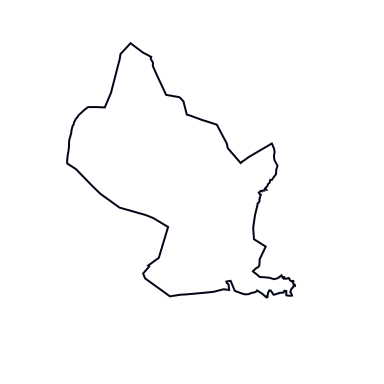 outline of Rabah, Sokoto, Nigeria, rotated 208°
{"feature_id": "59680162B28016750993437", "entity_name": "Rabah", "entity_type": "district", "adm_level": 2, "iso_a3": "NGA", "parent_name": "Nigeria", "parent_adm1": "Sokoto", "projection": "orthographic", "projection_center": [5.659, 13.003], "detail": "fine", "context": "isolated", "style": "outline", "palette": "ink", "viewbox_px": 384, "rotation_deg": 208, "n_neighbors": 0, "source": "geoboundaries", "source_scale": "gbopen_adm2", "svg_char_len": 2800}
<svg xmlns="http://www.w3.org/2000/svg" viewBox="0 0 384 384"><g transform="rotate(208 192 192)"><path d="M319.9,280.2L318.3,275.7L310.1,241.6L308.7,225.7L314.7,222.9L320.1,220.1L323.7,218.1L325.6,213.9L328.2,206.5L328.3,204.7L328.3,204.3L328.5,203.6L328.9,201.9L328.8,201.1L328.8,200.7L328.9,198.9L328.8,198.6L328.8,197.7L328.6,197.2L328.3,196.7L328.2,195.9L328.3,195.4L328.4,194.8L328.3,193.8L328.0,192.9L327.9,191.7L327.5,190.7L327.3,189.6L326.8,188.6L326.4,187.6L326.1,186.5L325.9,185.7L325.9,185.2L325.4,183.5L325.2,182.3L325.1,181.4L324.8,180.4L324.1,178.6L321.9,174.3L320.0,169.3L318.7,165.3L316.9,160.9L315.5,158.6L305.2,157.7L282.8,150.5L272.1,147.4L267.7,146.8L248.7,144.2L230.1,148.2L221.7,150.0L214.0,150.8L196.7,149.9L190.4,118.3L196.2,106.4L194.8,106.2L196.9,97.1L192.9,93.7L162.5,89.5L154.1,95.8L149.6,98.5L133.4,109.1L126.1,114.0L118.4,121.0L113.2,122.9L116.2,127.4L117.7,127.9L118.6,128.0L119.1,128.6L119.6,129.1L116.2,131.7L107.8,124.8L100.9,125.7L97.1,126.5L94.1,128.4L91.7,131.2L90.1,132.3L87.9,135.1L88.1,135.6L82.7,135.2L76.7,133.9L76.0,134.5L76.3,135.3L76.9,135.6L76.9,137.0L77.5,138.8L77.5,141.5L76.0,141.9L71.8,139.6L70.8,140.3L67.0,144.3L64.0,146.1L64.1,148.2L62.2,148.8L61.2,146.7L60.9,146.0L60.1,145.1L58.1,145.8L57.1,146.2L55.1,147.5L55.8,148.3L56.3,148.7L57.9,149.7L58.3,149.8L58.3,150.6L58.4,151.3L58.8,152.2L58.7,153.1L58.4,154.0L58.4,154.4L57.9,155.4L58.4,157.0L57.0,157.5L57.5,158.2L58.3,158.5L59.5,158.7L60.6,159.5L60.5,160.8L60.9,161.0L62.8,159.8L63.2,159.9L64.6,160.4L65.9,161.5L66.6,161.2L67.2,160.4L68.5,159.4L69.2,159.5L70.2,158.5L70.8,158.8L70.9,160.0L71.5,159.7L71.5,159.2L71.9,158.9L72.8,159.7L73.8,160.5L74.2,159.7L75.7,156.3L78.7,153.5L83.6,152.6L92.3,148.8L96.8,149.8L99.6,150.2L101.0,150.6L99.6,154.9L98.2,156.8L98.1,158.7L99.4,161.9L100.6,163.9L101.3,178.4L115.1,179.4L121.1,189.0L122.7,193.4L125.4,200.8L128.2,211.8L128.7,212.5L128.3,213.6L128.0,215.0L128.3,216.1L129.0,216.8L129.0,218.0L129.6,218.8L129.5,219.8L130.0,221.1L130.0,222.0L131.3,222.0L132.8,222.9L132.2,223.9L131.9,225.2L130.4,225.5L130.2,226.6L128.7,227.3L129.1,228.6L127.7,229.0L129.1,229.7L128.7,231.1L128.3,232.6L128.6,234.6L127.8,236.7L128.6,239.4L127.2,240.0L127.1,241.1L126.7,244.1L126.2,247.1L128.1,251.3L128.8,255.3L134.2,258.9L136.7,262.5L137.7,265.9L139.8,268.7L144.3,272.3L158.2,249.7L159.5,247.1L160.7,244.5L161.8,242.8L162.6,240.4L178.4,246.5L181.1,247.6L184.0,251.1L201.7,263.1L212.5,261.2L216.4,260.4L229.6,258.6L232.0,258.1L232.9,257.9L240.4,266.1L241.9,267.9L246.5,269.6L248.2,269.7L249.5,269.2L251.6,268.5L253.6,267.8L255.1,267.4L258.0,266.4L260.5,265.6L262.3,267.0L271.6,274.0L278.4,279.1L283.2,282.9L285.8,284.9L287.1,287.8L288.0,288.4L290.3,289.7L291.2,290.6L291.4,292.1L301.0,292.1L316.1,294.5L319.9,280.2Z" fill="none" stroke="#020617" stroke-width="2"/></g></svg>